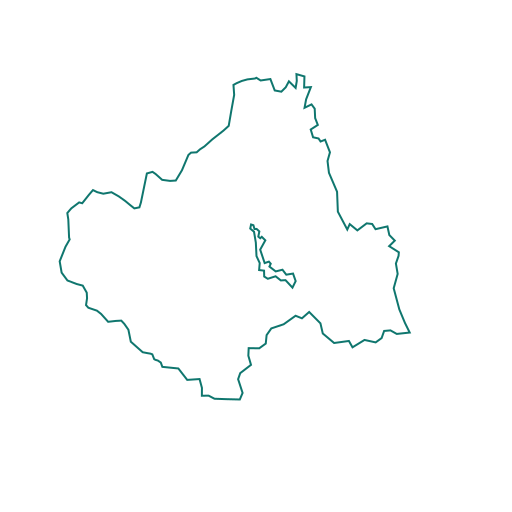 Sariasiya, Surkhandarya, Uzbekistan, rotated 227°
{"feature_id": "79887680B82153546012261", "entity_name": "Sariasiya", "entity_type": "district", "adm_level": 2, "iso_a3": "UZB", "parent_name": "Uzbekistan", "parent_adm1": "Surkhandarya", "projection": "albers", "projection_center": [67.81, 38.69], "detail": "fine", "context": "isolated", "style": "outline", "palette": "teal", "viewbox_px": 512, "rotation_deg": 227, "n_neighbors": 0, "source": "geoboundaries", "source_scale": "gbopen_adm2", "svg_char_len": 2359}
<svg xmlns="http://www.w3.org/2000/svg" viewBox="0 0 512 512"><g transform="rotate(227 256 256)"><path d="M95.2,316.2L105.5,319.3L119.2,324.4L138.5,334.7L146.3,347.4L155.1,353.2L158.9,360.4L161.3,363.0L172.4,360.1L172.6,368.0L180.4,367.8L188.0,372.3L194.1,361.7L200.2,362.8L204.4,359.2L205.6,347.6L215.4,346.3L213.1,340.8L232.6,346.1L247.7,359.1L267.1,366.1L276.7,373.1L281.4,380.8L293.9,385.8L295.7,381.3L299.3,381.9L303.9,378.7L311.2,382.3L309.7,390.6L316.5,393.3L323.7,399.4L329.0,400.0L331.3,392.6L336.4,399.5L342.1,411.3L346.4,406.1L354.3,413.9L361.4,409.6L356.2,405.2L351.9,399.6L361.3,399.2L359.1,392.8L358.9,386.6L364.3,382.6L375.6,387.2L381.2,379.1L386.1,377.8L386.5,376.3L391.0,370.2L393.7,365.0L395.6,359.7L396.5,356.2L388.7,349.9L379.3,337.3L369.8,324.8L369.9,317.7L371.1,303.6L371.3,293.0L372.2,287.8L372.3,283.3L375.9,279.0L376.0,275.5L369.2,260.3L365.9,248.8L369.5,244.4L375.7,239.3L384.5,238.5L388.1,237.7L390.8,232.5L373.6,208.3L371.1,203.9L373.8,199.5L379.1,198.7L385.3,197.9L393.2,196.3L401.2,193.8L405.7,186.8L411.0,183.4L415.4,181.7L414.7,175.5L413.1,164.9L415.8,163.2L416.8,153.5L416.6,151.4L416.1,147.3L410.8,143.7L397.0,131.9L395.2,131.0L392.7,123.0L386.0,108.8L376.4,102.5L366.7,101.4L357.9,105.7L352.5,109.1L344.6,107.2L340.3,103.6L336.0,98.2L332.5,98.1L324.5,102.4L319.2,103.2L308.7,103.0L304.2,109.1L300.6,113.4L296.2,113.4L289.1,112.4L278.7,106.0L262.9,107.5L258.8,110.5L256.6,112.2L254.8,113.1L250.0,111.2L248.7,111.6L246.5,112.9L243.0,113.7L238.8,111.9L226.7,122.5L212.3,121.2L204.5,130.8L196.4,126.5L190.7,121.1L186.2,126.1L179.9,128.3L171.8,136.4L162.1,146.3L165.0,152.8L178.1,158.9L181.1,164.6L179.8,178.1L188.3,182.4L193.6,187.8L186.3,195.4L185.3,203.4L190.9,209.8L192.6,217.8L187.2,229.7L185.3,244.2L179.1,247.1L178.8,256.7L162.8,257.2L153.8,252.0L139.1,253.8L130.5,266.0L123.4,264.3L120.6,278.1L111.2,284.6L110.3,291.9L113.8,298.6L109.9,303.6L103.0,305.8L95.2,316.2ZM235.4,248.0L239.8,251.9L243.6,248.7L248.3,253.9L255.6,256.3L265.9,265.0L275.1,271.1L280.0,270.5L282.4,273.9L280.3,275.1L276.7,273.3L275.4,274.9L271.7,275.2L268.6,270.9L266.1,271.2L266.1,273.3L261.1,273.5L257.8,263.4L244.9,257.5L243.1,261.6L240.3,261.5L239.1,258.6L231.3,259.9L227.9,266.0L221.7,265.4L217.9,271.1L210.6,267.9L208.0,261.1L218.2,261.1L221.2,257.5L227.8,256.5L231.3,249.1L235.4,248.0Z" fill="none" stroke="#0f766e" stroke-width="2"/></g></svg>